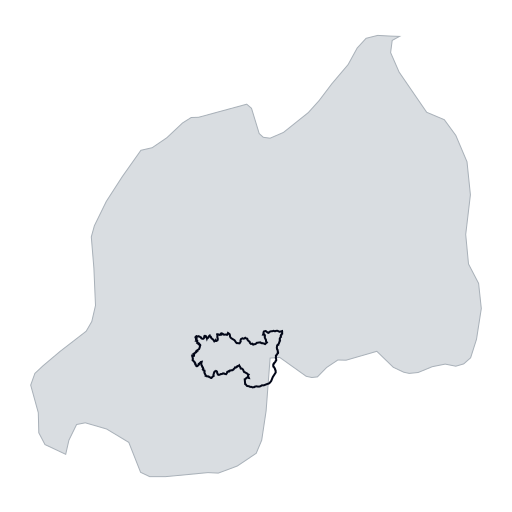 Nyanza, Southern, Rwanda shown in context
{"feature_id": "39286606B66592032419282", "entity_name": "Nyanza", "entity_type": "district", "adm_level": 2, "iso_a3": "RWA", "parent_name": "Rwanda", "parent_adm1": "Southern", "projection": "robinson", "projection_center": [29.757, -2.344], "detail": "fine", "context": "in_parent", "style": "outline", "palette": "ink", "viewbox_px": 512, "rotation_deg": 0, "n_neighbors": 0, "source": "geoboundaries", "source_scale": "gbopen_adm2", "svg_char_len": 6918}
<svg xmlns="http://www.w3.org/2000/svg" viewBox="0 0 512 512"><path d="M191.2,117.5L198.5,117.3L246.7,104.2L251.5,108.3L259.2,133.6L263.3,137.3L270.1,138.2L283.5,132.4L308.3,112.6L319.1,100.6L331.9,83.7L348.1,64.6L357.2,48.0L366.1,38.3L377.7,35.4L390.6,36.1L399.5,36.4L392.2,40.4L390.6,52.6L399.1,72.1L426.7,112.3L444.3,119.7L455.8,135.4L467.0,161.8L470.4,194.8L465.7,234.5L468.5,264.0L478.6,283.4L481.3,308.5L476.5,339.3L470.6,357.8L463.7,363.9L455.8,366.2L445.2,364.1L432.2,366.7L418.1,372.5L409.2,373.4L403.7,372.2L393.3,367.3L376.8,351.3L346.1,360.2L337.8,360.0L326.6,367.5L317.4,376.9L311.8,377.5L306.2,376.3L279.7,357.4L270.1,358.1L266.1,410.9L261.7,440.2L256.2,453.3L237.3,466.0L218.3,473.1L207.9,472.6L166.0,476.6L149.6,476.6L140.6,472.3L128.8,442.4L106.6,429.0L85.3,422.8L76.6,424.5L68.9,440.2L65.7,454.3L45.0,444.6L38.8,432.8L38.3,412.7L30.7,385.1L34.9,373.4L43.0,365.8L60.2,351.3L86.2,331.2L91.8,321.5L95.5,305.5L93.9,268.3L91.3,236.9L94.4,225.7L106.3,201.4L122.3,176.6L140.9,150.3L152.2,147.7L166.9,137.7L182.5,123.0L191.2,117.5Z" fill="#d9dde1" stroke="#a8b0b8" stroke-width="1"/><path d="M282.0,331.1L279.6,331.8L277.5,330.8L276.6,330.8L275.6,331.0L275.0,331.3L273.6,330.8L272.5,331.2L270.9,331.3L270.1,331.5L269.5,332.0L269.3,332.0L268.8,332.7L268.3,332.9L267.7,332.6L265.7,331.0L264.0,331.4L263.6,332.1L263.3,334.1L263.1,334.6L264.1,334.6L264.4,334.5L264.9,335.3L264.7,335.8L264.9,336.2L264.7,336.6L264.8,337.2L264.8,337.7L265.0,338.0L265.4,339.0L265.8,339.4L266.0,340.1L266.0,341.2L266.9,342.5L266.4,342.8L265.1,344.1L264.8,344.0L263.9,343.4L263.0,343.4L262.3,343.1L261.4,343.2L261.2,343.1L260.6,342.5L260.2,342.3L259.4,342.5L258.1,342.6L257.5,342.8L256.8,342.8L255.6,344.0L254.9,344.2L253.9,344.2L253.5,344.6L253.0,344.6L252.5,344.1L252.3,343.7L251.5,343.9L250.9,343.9L249.8,342.7L249.6,341.7L248.1,340.6L247.4,339.6L247.4,339.0L247.1,338.6L246.1,338.4L245.5,338.1L245.2,337.8L243.9,338.7L243.3,338.7L242.5,338.3L241.1,339.0L240.9,339.3L240.5,340.4L240.5,340.9L240.7,341.5L239.6,343.3L239.2,343.4L238.6,343.2L237.8,343.2L237.2,343.0L236.7,343.1L235.9,342.3L235.2,341.2L234.5,340.2L231.4,338.3L230.5,337.5L230.0,336.4L230.0,335.8L229.7,334.3L228.9,333.6L228.0,333.0L227.5,334.5L227.0,334.9L226.2,334.5L223.9,334.7L222.9,333.9L221.7,333.3L221.2,333.4L221.0,333.5L221.3,334.7L220.8,334.8L220.0,334.8L219.7,334.7L219.4,334.9L218.7,334.4L217.8,334.4L217.2,334.2L217.1,334.4L217.2,334.9L217.4,335.2L217.5,335.9L217.3,336.9L217.5,337.4L217.4,337.9L217.7,338.4L217.8,338.8L217.7,339.9L217.4,340.4L217.1,340.4L216.3,341.0L215.9,341.0L215.6,340.4L215.5,340.6L215.1,340.8L214.5,340.8L214.2,341.2L213.2,339.6L211.7,338.5L211.2,337.6L210.9,337.5L210.8,336.9L210.5,336.9L210.1,336.2L209.7,336.1L209.6,335.6L209.2,335.9L208.0,337.9L207.3,338.3L207.0,338.1L206.9,338.4L206.6,337.4L206.2,337.3L206.0,337.0L206.0,336.3L205.6,336.2L205.2,335.9L204.9,336.0L204.5,335.9L204.3,336.2L204.1,337.7L203.9,338.2L203.4,338.7L202.8,338.8L201.6,338.5L201.1,338.0L201.0,337.4L199.9,336.9L199.6,336.6L198.5,336.2L197.9,336.6L197.4,336.6L196.9,336.2L196.6,336.1L196.4,336.3L196.2,336.3L195.4,337.2L195.5,337.6L196.0,337.8L196.0,338.0L196.2,337.8L196.6,338.5L196.5,339.0L196.7,339.9L197.1,340.6L196.9,340.7L197.1,340.8L197.1,341.0L196.9,341.1L197.2,341.2L197.0,341.8L197.2,342.1L197.3,342.2L197.4,342.6L197.6,342.6L197.9,342.8L197.7,343.0L198.1,343.1L198.3,343.3L198.5,343.6L198.4,343.9L198.6,344.0L198.8,344.4L199.1,344.5L199.3,344.5L199.6,344.8L199.7,344.6L199.8,344.8L200.2,344.9L200.3,345.3L199.9,346.0L199.9,346.7L199.2,348.8L199.0,349.1L197.3,350.3L197.1,350.6L196.9,350.7L197.0,350.9L196.7,350.9L196.6,351.1L196.4,351.0L195.9,351.8L195.9,352.0L195.7,352.1L195.5,352.7L194.4,353.2L194.3,353.3L194.5,353.3L194.2,353.5L194.4,353.5L194.2,353.8L194.3,353.8L194.0,355.3L194.0,355.8L193.7,355.9L193.4,355.6L193.3,355.9L192.4,356.0L192.5,356.2L192.3,356.3L192.3,356.5L192.5,356.6L192.4,356.7L192.7,357.3L192.7,358.1L192.9,358.7L192.6,360.1L192.9,360.3L192.9,360.5L193.4,360.7L194.1,361.8L194.7,362.2L194.8,362.8L195.0,362.8L195.4,363.4L195.3,364.5L196.2,365.2L196.3,366.0L196.7,366.2L197.0,366.0L197.3,366.1L197.8,365.7L198.5,365.0L198.5,364.9L198.8,364.7L199.0,364.5L198.9,364.0L199.1,364.0L199.2,363.6L199.5,363.3L200.4,362.5L200.8,362.0L201.7,361.8L201.5,362.5L201.2,362.9L201.2,363.8L201.4,364.0L201.4,365.0L202.0,365.8L202.1,366.6L202.5,367.2L202.9,367.4L202.9,367.9L203.3,368.6L203.0,369.1L203.3,369.2L203.4,370.3L204.5,370.6L204.6,371.7L204.4,372.0L204.4,372.8L204.9,373.5L204.9,373.9L205.6,375.0L205.6,375.8L206.1,375.8L206.5,376.2L206.8,376.1L207.3,376.4L208.5,376.4L208.7,376.7L209.1,376.8L209.3,377.1L209.7,377.2L210.3,377.5L211.0,378.0L211.4,378.0L212.1,377.3L212.3,376.9L213.7,375.9L213.5,375.3L213.5,374.5L213.9,373.5L213.9,373.1L214.3,372.0L215.0,371.3L215.6,371.3L215.9,371.0L216.3,371.3L216.5,371.2L216.9,371.5L217.1,372.0L217.2,373.1L217.7,373.8L217.8,374.5L218.7,374.9L219.7,374.7L220.9,374.0L221.7,374.1L223.2,373.4L223.5,373.5L223.5,373.4L224.2,373.5L224.5,373.7L225.0,373.9L226.1,374.2L226.8,373.3L227.1,372.5L227.3,371.8L228.2,371.5L228.6,371.2L228.8,371.4L228.9,371.2L229.5,371.2L229.9,370.5L231.1,370.4L231.4,370.2L232.1,370.3L232.5,370.2L233.5,369.5L233.6,369.1L233.8,368.9L234.3,368.6L234.7,368.1L235.0,367.4L235.9,367.5L236.2,367.4L236.6,366.8L237.3,366.7L237.5,366.1L238.5,365.9L239.1,365.4L239.2,365.8L239.8,366.3L240.3,367.3L240.7,368.5L241.2,368.4L241.9,368.6L242.3,369.0L243.0,369.5L243.7,371.2L244.2,372.1L244.8,372.2L246.3,373.1L246.7,373.2L247.4,373.8L247.6,374.1L248.1,374.4L248.6,374.6L248.2,375.2L248.0,376.0L248.0,376.3L248.5,377.0L248.9,378.0L248.3,377.9L247.6,377.4L247.3,377.4L246.4,377.9L245.7,378.8L244.7,379.3L244.9,380.3L244.8,380.8L245.0,381.8L245.0,382.9L245.2,383.3L245.1,384.0L245.3,384.2L245.6,384.3L245.9,384.6L246.1,384.8L246.4,385.3L247.1,386.0L248.8,386.2L249.7,386.6L250.1,386.9L251.5,386.9L252.7,387.4L253.8,387.1L254.4,387.1L254.9,386.6L255.3,386.6L256.2,386.3L258.0,386.6L259.8,386.5L261.0,385.9L261.9,385.3L263.9,385.3L267.4,383.9L268.6,383.6L269.2,383.3L270.0,382.5L271.2,381.0L272.8,377.0L275.0,373.6L275.7,372.5L275.6,370.5L275.1,369.7L275.2,369.4L274.6,368.0L274.2,367.6L274.1,367.2L273.6,366.6L273.4,366.6L273.2,365.9L273.3,365.4L273.2,364.9L273.4,364.2L273.6,364.1L273.7,363.7L274.1,363.5L274.2,362.9L274.7,362.6L275.3,361.9L275.6,361.0L275.9,360.8L276.2,360.5L276.2,359.5L276.0,358.4L275.8,358.1L275.8,357.6L276.0,357.1L275.9,355.7L276.5,355.2L276.6,354.7L276.9,354.5L277.4,353.8L277.6,353.2L278.0,353.1L278.1,352.5L277.8,351.9L277.9,351.4L277.6,350.8L277.7,350.1L277.0,349.1L277.0,348.5L276.8,347.9L277.1,345.6L277.4,345.1L277.6,345.2L278.0,344.9L278.3,344.8L278.3,344.3L279.0,343.2L279.2,342.2L279.7,341.6L279.6,341.3L280.0,340.4L279.7,340.0L279.9,339.5L279.7,338.9L280.3,337.5L281.0,336.9L280.7,335.9L281.0,335.0L281.2,334.7L281.5,334.7L281.7,334.1L282.2,333.7L282.1,333.1L282.2,331.7L282.0,331.3L282.0,331.1Z" fill="none" stroke="#020617" stroke-width="2"/></svg>